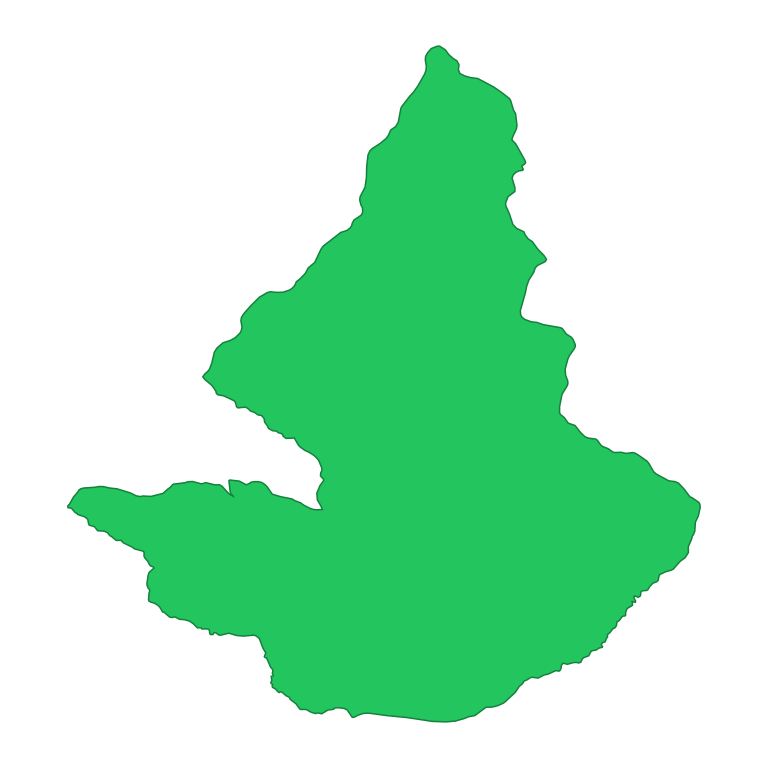 Aratoca, Santander, Colombia
{"feature_id": "7082276B70288083001558", "entity_name": "Aratoca", "entity_type": "district", "adm_level": 2, "iso_a3": "COL", "parent_name": "Colombia", "parent_adm1": "Santander", "projection": "albers", "projection_center": [-73.027, 6.735], "detail": "fine", "context": "isolated", "style": "filled", "palette": "green", "viewbox_px": 768, "rotation_deg": 0, "n_neighbors": 0, "source": "geoboundaries", "source_scale": "gbopen_adm2", "svg_char_len": 6085}
<svg xmlns="http://www.w3.org/2000/svg" viewBox="0 0 768 768"><path d="M445.3,49.8L439.6,46.1L436.9,46.3L431.2,48.6L427.7,52.6L425.6,56.4L425.3,60.0L426.4,66.7L425.8,70.8L424.7,73.9L417.8,86.0L413.7,91.9L409.8,96.1L402.0,106.2L400.9,108.2L398.3,122.1L395.7,126.5L390.7,130.0L388.3,135.5L385.9,138.7L380.3,143.3L371.9,148.8L369.8,151.0L368.0,155.0L366.7,166.4L366.4,177.5L365.1,187.1L360.2,196.5L359.7,199.9L360.9,204.9L362.5,207.8L362.7,212.1L361.4,215.0L353.9,220.1L352.3,223.1L351.6,225.9L350.0,228.1L346.9,230.5L340.8,232.4L323.2,246.1L321.0,249.2L314.7,262.5L308.3,267.8L305.3,273.4L299.9,279.0L296.4,281.7L294.7,285.6L291.9,288.5L289.2,290.2L283.1,292.2L277.0,292.4L270.3,291.8L267.4,292.5L259.5,297.1L250.8,305.7L243.7,313.8L241.4,317.5L240.9,320.5L242.0,327.4L241.2,330.7L239.9,333.2L235.2,337.7L230.4,340.4L223.0,342.8L217.0,348.0L214.3,352.3L211.8,363.0L209.7,368.6L208.3,370.8L204.8,374.0L202.8,376.8L204.9,379.6L211.3,384.9L212.9,386.7L215.8,391.1L216.3,393.2L217.6,394.7L223.8,395.9L234.2,400.8L235.4,402.4L236.6,406.8L238.0,407.9L245.6,407.1L248.8,409.2L250.2,410.9L254.5,412.4L257.9,414.9L261.5,415.5L264.1,418.5L264.6,422.1L267.2,425.6L268.6,428.5L272.8,430.8L276.7,431.1L278.2,432.8L280.1,433.1L282.5,434.3L283.2,436.3L286.0,438.4L294.3,438.0L298.1,444.7L299.9,446.8L304.6,450.2L309.4,452.5L313.8,455.3L316.3,457.6L318.6,460.2L321.8,468.0L321.9,470.5L320.7,472.9L320.5,476.0L323.6,479.3L323.6,480.6L320.0,485.6L316.8,493.2L317.4,500.0L320.8,505.8L322.4,509.5L316.7,509.8L313.3,509.4L310.3,508.5L303.5,505.0L300.6,502.8L294.7,500.6L291.9,498.9L280.8,496.7L272.3,494.2L267.0,486.6L264.5,484.2L261.7,482.5L258.8,481.7L254.5,481.6L251.1,482.2L249.2,483.6L246.3,484.8L239.3,481.1L229.8,480.0L228.9,480.7L230.2,492.0L230.9,494.1L232.8,495.5L233.1,496.3L228.7,493.6L222.1,486.3L219.7,484.8L214.6,484.8L205.7,482.6L201.6,483.9L192.5,481.5L187.8,481.7L185.2,482.7L173.1,484.2L169.9,487.7L168.4,488.6L163.0,493.4L151.1,496.4L142.6,496.0L140.4,496.6L136.1,495.8L130.1,492.8L116.9,488.8L109.6,488.0L103.3,486.6L99.1,486.5L94.5,487.3L83.9,488.0L81.0,488.7L79.0,489.9L77.9,491.9L73.5,497.0L69.6,504.0L67.8,505.8L68.0,507.7L71.4,508.2L75.1,512.5L76.9,513.4L77.7,514.5L84.6,516.8L87.0,518.6L87.8,519.5L88.6,523.9L89.3,525.2L94.5,526.7L97.6,530.7L104.1,531.2L107.3,532.5L110.0,535.8L111.6,536.6L116.2,540.4L121.0,540.3L123.4,542.9L132.6,547.3L134.3,548.8L143.1,551.2L144.1,552.2L144.0,556.1L145.0,558.1L147.7,561.3L149.6,564.9L150.7,566.0L153.6,567.2L153.8,568.2L149.1,572.4L148.0,575.8L146.9,583.7L147.1,585.5L148.2,588.2L149.5,589.7L149.7,590.9L149.1,592.6L148.5,600.0L149.0,601.1L150.7,602.1L154.7,603.3L157.7,605.2L159.6,606.9L162.6,612.0L164.0,612.2L169.5,617.0L171.6,617.5L175.2,617.0L179.5,619.3L184.5,619.7L189.5,621.1L193.4,623.8L197.3,627.8L200.4,627.8L201.5,628.2L201.7,628.9L208.2,629.0L209.3,630.0L209.8,633.8L210.6,634.6L213.0,634.5L213.6,633.3L214.6,632.6L216.2,633.0L218.7,635.0L220.5,635.2L228.8,633.2L236.6,635.5L243.2,636.1L253.5,635.2L255.6,635.6L257.8,637.2L259.4,638.7L262.9,648.1L265.8,653.0L264.3,656.6L265.0,657.5L266.6,658.0L270.6,667.2L272.5,669.4L272.9,671.3L272.3,673.1L273.4,675.4L273.1,676.0L271.2,676.3L271.8,680.4L270.8,682.5L271.2,683.6L272.5,684.4L272.2,686.4L272.6,687.4L275.4,688.9L278.4,692.2L279.2,692.5L280.5,691.8L281.7,692.0L286.2,695.8L289.3,697.3L290.2,699.4L295.9,703.7L300.1,709.4L306.3,709.5L310.8,712.1L315.5,713.6L317.7,712.9L321.7,713.8L328.0,710.0L331.8,709.6L333.4,709.2L335.0,708.0L338.1,707.7L343.8,708.4L347.0,709.7L352.2,717.3L354.0,717.3L358.0,715.2L363.0,713.5L368.2,713.1L386.9,715.6L406.5,717.5L432.4,721.4L446.0,721.9L455.2,721.1L464.7,718.4L468.1,716.9L475.0,715.5L486.1,707.2L490.9,707.2L494.3,706.6L498.1,705.5L502.7,703.5L504.6,702.3L515.3,692.4L519.2,686.5L522.7,683.5L524.0,681.1L527.4,679.7L530.3,677.7L532.6,677.3L538.0,678.1L544.1,675.0L548.2,674.1L554.9,671.0L556.4,670.6L558.8,671.2L560.1,670.4L561.2,667.8L561.3,665.5L563.0,663.2L567.4,664.3L573.0,662.7L576.1,662.4L578.8,663.0L580.8,662.2L582.1,659.3L583.6,657.7L588.7,655.8L590.9,651.6L592.0,650.8L596.6,649.9L598.4,648.3L602.3,647.3L602.5,646.5L601.5,645.2L601.5,644.1L602.5,642.7L605.2,641.8L606.2,638.7L607.5,637.1L607.5,634.6L610.0,632.5L612.6,629.1L615.2,627.6L616.4,625.6L617.0,621.9L619.3,620.5L622.1,616.7L623.1,616.1L625.1,615.9L625.6,615.3L625.7,612.1L626.7,609.4L627.8,608.1L632.3,605.5L632.6,604.5L632.1,601.6L635.3,602.3L635.6,600.9L633.9,597.9L634.1,596.3L635.1,596.0L638.3,597.3L640.4,595.9L641.0,591.7L642.0,590.9L646.9,590.4L647.9,589.7L649.7,586.6L652.8,583.3L657.0,581.6L658.2,580.3L659.1,575.7L660.1,574.4L665.6,571.8L671.2,570.2L673.2,569.2L680.3,561.2L685.1,557.7L688.4,552.6L688.3,546.7L691.6,539.1L692.3,536.2L693.6,534.3L694.8,531.3L695.4,522.1L698.4,515.8L700.2,507.5L699.9,504.3L698.9,502.4L691.9,497.6L690.0,496.9L683.9,488.8L678.5,483.1L675.0,481.6L668.7,480.8L656.4,474.1L653.6,471.7L649.0,463.6L647.0,461.1L637.8,454.7L634.8,453.0L632.6,452.6L626.0,453.4L621.2,452.3L614.3,452.5L612.5,451.8L608.2,448.7L602.4,446.4L600.7,444.9L597.4,440.3L595.9,439.1L588.4,438.1L585.0,436.8L580.2,432.1L575.1,425.5L568.3,423.2L564.4,417.7L560.3,414.3L559.6,412.4L559.6,406.6L561.6,396.3L562.2,394.0L567.4,385.5L567.9,383.5L567.8,381.1L565.6,375.2L565.2,369.0L567.9,358.9L569.2,356.0L574.3,348.7L575.3,346.6L575.2,344.4L572.9,339.2L571.3,337.2L566.3,334.0L562.3,328.5L560.1,327.6L543.1,324.6L536.9,322.4L531.3,321.8L524.9,319.5L522.2,317.4L520.8,315.4L520.3,310.8L525.4,292.7L526.6,286.5L528.9,280.0L533.7,272.4L535.3,267.8L537.6,265.4L545.4,261.5L546.5,259.4L544.0,255.5L537.9,249.3L532.4,241.7L528.1,238.8L525.2,234.9L523.9,231.8L516.7,228.4L512.9,224.5L509.4,213.8L505.8,205.8L505.6,203.0L508.0,196.7L514.9,191.5L514.9,187.6L512.1,178.1L513.3,174.8L516.2,172.1L519.2,170.8L522.5,170.4L523.3,169.5L521.8,166.1L524.7,164.0L525.6,162.7L524.9,160.3L515.7,143.8L511.9,139.9L512.7,136.8L516.4,129.0L517.0,125.5L515.6,113.8L513.3,109.6L510.8,100.9L509.5,98.6L502.2,92.9L493.7,87.0L477.7,78.5L470.6,77.6L464.7,75.9L460.0,73.6L458.4,69.9L459.0,64.7L456.8,60.7L453.2,58.5L448.9,54.7L445.3,49.8Z" fill="#22c55e" stroke="#15803d" stroke-width="1.5"/></svg>